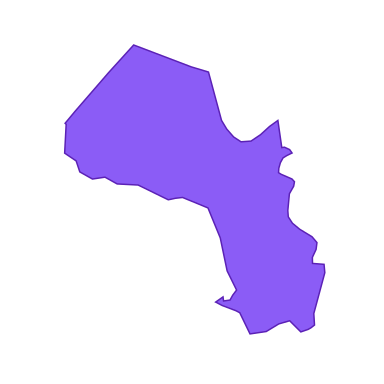 the border of Swansea, rotated 262°
{"feature_id": "GBR-2119", "entity_name": "Swansea", "entity_type": "Unitary Authority (wales)", "adm_level": 1, "iso_a3": "GBR", "parent_name": "United Kingdom", "parent_adm1": "", "projection": "albers", "projection_center": [-4.095, 51.653], "detail": "fine", "context": "isolated", "style": "filled", "palette": "violet", "viewbox_px": 384, "rotation_deg": 262, "n_neighbors": 0, "source": "natural_earth", "source_scale": "10m", "svg_char_len": 1021}
<svg xmlns="http://www.w3.org/2000/svg" viewBox="0 0 384 384"><g transform="rotate(262 192 192)"><path d="M308.5,225.0L258.8,231.2L249.4,235.2L240.7,240.9L234.9,247.5L234.2,257.5L239.2,267.8L246.1,277.9L250.9,287.0L223.5,287.1L223.5,289.8L220.4,294.6L216.7,296.5L214.9,291.0L213.1,286.9L208.7,283.6L203.5,281.3L199.1,280.4L197.1,282.8L191.0,292.8L187.9,294.9L183.6,293.5L176.7,288.2L160.3,284.3L154.0,283.9L147.1,287.1L140.1,293.5L130.9,304.7L124.5,308.7L117.9,306.9L110.5,302.1L104.5,301.4L102.0,312.7L93.6,312.3L54.7,295.7L43.2,294.8L41.0,291.0L39.8,288.0L38.3,280.3L50.9,270.8L49.3,259.6L43.5,246.1L43.4,229.7L65.8,222.5L68.3,219.0L75.4,206.1L79.7,200.1L83.8,208.1L79.7,208.1L79.7,214.6L84.2,218.0L88.7,222.5L109.0,215.8L142.6,213.6L174.0,205.6L187.9,181.9L188.1,174.8L187.7,169.2L187.6,167.4L206.4,139.6L210.4,119.0L218.8,107.9L218.7,95.2L227.5,83.7L238.9,81.6L248.2,71.3L276.5,76.8L277.7,75.9L288.4,87.7L321.8,126.0L345.7,154.7L316.1,208.5L308.5,225.0Z" fill="#8b5cf6" stroke="#5b21b6" stroke-width="1.5"/></g></svg>